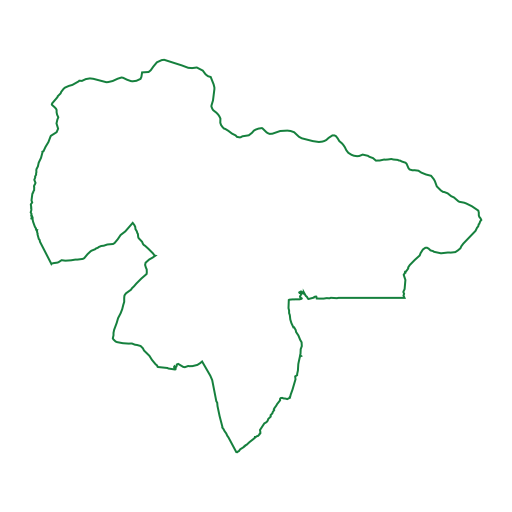 Ohaba Lunga, Timis, Romania
{"feature_id": "2599482B82981888181214", "entity_name": "Ohaba Lunga", "entity_type": "district", "adm_level": 2, "iso_a3": "ROU", "parent_name": "Romania", "parent_adm1": "Timis", "projection": "robinson", "projection_center": [21.992, 45.927], "detail": "fine", "context": "isolated", "style": "outline", "palette": "green", "viewbox_px": 512, "rotation_deg": 0, "n_neighbors": 0, "source": "geoboundaries", "source_scale": "gbopen_adm2", "svg_char_len": 5975}
<svg xmlns="http://www.w3.org/2000/svg" viewBox="0 0 512 512"><path d="M287.2,399.1L290.0,397.7L289.8,397.0L290.3,396.3L290.7,394.6L292.5,389.6L295.5,379.3L295.2,376.4L297.1,375.2L297.2,373.7L297.9,370.6L298.3,364.1L298.8,361.6L299.9,356.6L301.1,356.0L300.1,355.2L300.5,353.7L300.7,349.2L301.8,346.1L301.6,342.3L300.2,339.9L298.4,335.5L296.1,332.0L295.7,330.1L294.1,327.3L293.4,327.4L291.4,323.1L290.3,319.5L289.8,315.1L289.1,313.1L289.1,310.6L288.5,308.1L288.8,300.0L289.3,299.7L292.5,299.4L299.7,299.3L301.5,298.8L301.7,298.4L300.2,297.3L300.0,296.5L301.0,294.6L301.9,293.5L300.7,292.4L299.9,293.0L299.6,293.0L299.3,292.4L300.8,291.5L301.5,291.6L303.8,293.6L303.8,292.3L305.8,295.9L306.9,296.8L308.0,298.7L308.5,299.0L313.9,297.6L314.1,297.1L314.6,296.8L316.1,296.5L316.3,296.6L316.7,298.5L319.6,298.6L323.6,298.6L326.7,298.1L329.4,298.3L330.9,297.8L336.9,298.2L338.4,297.9L404.5,297.9L403.5,295.6L404.1,293.8L403.4,292.2L403.4,291.7L404.6,289.1L405.4,280.0L403.7,274.8L404.8,273.1L405.4,272.8L405.4,272.6L405.0,272.0L405.1,271.7L406.0,271.5L408.2,268.5L408.2,267.4L409.8,265.0L414.8,259.9L419.7,255.5L420.6,253.1L422.9,249.5L425.3,247.8L426.9,247.7L428.6,248.6L430.5,250.4L433.0,251.1L434.0,251.8L441.0,253.3L448.0,252.5L450.8,252.6L455.3,252.1L457.9,250.4L460.4,248.3L461.3,246.3L463.3,243.6L475.5,230.9L477.1,227.6L478.2,226.4L478.7,224.3L479.3,223.8L480.2,221.3L481.3,220.0L480.5,218.3L479.4,217.0L479.0,216.0L478.8,215.2L478.8,212.6L478.3,210.6L471.8,206.2L466.3,203.5L464.2,202.7L459.4,201.8L458.4,201.3L453.9,197.4L451.2,196.2L447.6,193.3L444.2,192.0L443.0,191.9L440.8,190.4L436.8,186.4L434.9,181.2L433.8,179.2L431.1,175.8L426.0,174.5L421.3,172.6L418.4,170.7L414.5,170.2L412.5,170.3L409.6,169.5L408.5,168.2L406.6,163.8L405.5,162.7L401.8,161.5L400.1,160.6L398.9,160.5L397.7,159.9L393.4,159.5L391.3,159.0L387.8,159.5L384.9,159.7L384.3,159.5L379.8,160.5L375.9,160.6L373.0,158.1L369.4,156.8L367.9,155.8L362.7,154.6L359.2,156.0L357.1,156.2L353.8,155.7L351.5,154.8L348.3,152.8L346.3,150.2L344.9,147.3L343.5,145.2L342.1,143.5L339.3,141.1L337.7,138.4L335.9,136.1L334.4,135.4L332.4,135.4L328.6,137.9L326.3,140.0L324.3,141.0L322.3,141.6L318.9,142.0L312.8,141.1L301.8,138.3L299.0,136.8L294.1,132.2L290.6,131.0L287.3,130.6L280.2,131.0L272.4,133.7L269.6,133.9L267.5,133.0L266.4,132.2L262.4,128.3L261.8,128.1L258.5,128.6L255.7,129.6L253.9,130.6L252.0,132.8L248.8,135.3L242.4,136.3L240.8,137.2L239.9,137.4L237.0,136.9L235.6,135.4L232.0,133.6L228.3,130.8L225.2,128.9L224.2,128.7L222.7,127.3L221.1,125.1L220.3,122.8L220.4,118.5L219.4,116.4L218.2,114.6L216.4,112.7L213.2,110.2L212.3,108.8L211.4,106.5L211.5,105.4L213.0,100.4L214.4,89.1L214.4,87.5L213.6,84.3L210.7,77.0L208.0,76.2L206.4,75.0L205.4,74.1L202.8,70.6L196.8,67.5L192.1,68.1L188.2,67.8L181.8,65.4L164.2,59.8L161.7,60.1L156.9,62.3L153.4,66.5L150.7,70.3L148.6,72.0L142.1,72.4L141.4,76.9L140.5,78.9L136.4,80.8L132.5,81.3L130.9,81.1L127.0,79.7L123.1,77.8L121.5,77.5L117.7,78.7L112.7,81.0L108.0,82.1L106.3,82.2L93.3,78.8L89.9,78.4L85.8,79.1L81.9,80.9L79.3,80.7L78.6,81.4L72.4,84.9L68.9,85.9L65.0,87.6L63.6,88.8L61.2,91.9L60.6,93.4L57.7,96.3L57.5,97.1L52.2,103.3L51.8,104.4L52.1,105.0L54.7,107.3L56.0,108.7L56.6,110.0L56.6,112.3L57.1,114.7L58.3,117.3L57.4,119.5L56.5,123.4L58.1,128.7L56.6,132.2L50.9,135.8L50.6,136.3L48.4,142.1L45.5,146.9L43.5,151.2L42.4,151.7L42.5,152.3L41.0,157.9L38.7,162.7L37.9,166.4L36.5,169.1L36.3,170.3L36.4,172.2L36.1,173.2L36.1,174.7L35.1,176.5L35.2,177.5L34.3,179.8L35.5,182.9L34.8,184.6L34.2,185.4L34.0,186.8L34.2,187.2L34.1,190.3L33.3,191.5L33.1,192.7L32.5,193.3L32.3,194.2L31.5,200.4L32.2,202.5L31.1,203.9L30.8,204.7L31.2,206.5L31.0,207.0L31.3,207.7L31.1,208.3L31.4,208.9L31.3,210.2L30.7,212.4L31.5,213.9L31.2,215.5L31.8,217.2L31.4,218.5L32.0,218.7L32.4,217.1L32.6,217.6L32.6,219.5L33.1,221.8L34.9,226.8L36.0,228.5L35.9,229.0L36.3,230.0L37.1,230.1L36.8,230.9L37.1,231.5L37.2,232.7L37.6,233.4L37.5,234.3L38.8,239.0L39.6,239.9L40.0,241.8L51.4,264.0L51.7,263.6L53.7,263.1L57.4,262.6L58.5,262.2L61.6,260.2L65.4,260.7L71.1,260.3L75.3,259.6L77.4,259.6L82.8,258.9L84.2,258.2L87.6,254.1L90.6,251.3L91.5,250.7L95.2,249.2L95.9,248.5L97.8,247.8L98.8,247.0L101.2,246.0L103.8,245.7L107.3,244.5L113.0,244.0L114.5,243.1L117.7,239.3L120.6,235.0L125.3,231.4L132.7,222.9L134.3,225.0L135.2,226.8L135.5,229.2L136.8,231.3L137.3,233.0L137.9,234.0L138.2,237.0L138.6,238.1L142.1,241.8L142.9,243.8L143.7,244.9L145.1,245.8L148.5,248.9L153.0,253.4L154.5,255.5L155.3,255.7L152.6,257.6L149.2,259.5L145.6,262.7L145.1,264.9L145.9,267.6L146.7,269.4L146.8,272.5L146.6,274.0L141.4,278.5L136.4,283.5L134.0,286.3L132.0,288.2L131.0,289.7L126.0,293.3L124.8,294.9L124.4,295.8L124.2,298.0L124.2,301.9L123.3,304.8L122.2,309.2L120.6,313.3L118.1,318.1L116.7,322.9L114.1,329.9L113.5,332.9L113.5,335.3L112.8,338.3L113.4,339.4L115.6,341.5L117.0,342.1L122.8,343.2L128.5,343.6L131.9,343.5L134.9,344.7L137.1,345.0L140.6,346.0L142.9,348.3L144.0,350.5L149.4,355.8L151.9,359.8L155.6,364.3L157.1,365.5L157.5,366.7L157.9,367.0L167.5,368.0L168.3,368.5L175.0,369.5L175.5,369.3L175.7,368.0L174.2,367.4L174.1,366.9L174.5,366.3L174.9,366.8L176.4,366.5L176.7,365.8L176.8,364.5L178.2,363.9L183.2,366.9L184.8,367.2L188.2,366.0L189.5,366.2L192.5,366.1L197.4,364.9L200.2,363.1L202.1,361.5L210.3,375.7L212.2,380.1L216.3,401.2L217.2,402.7L217.5,406.1L219.6,416.1L222.4,426.9L222.3,427.6L223.4,428.9L224.6,431.2L226.2,433.4L227.3,435.8L228.4,437.3L236.3,452.1L237.3,452.2L238.0,451.5L238.9,451.1L240.2,449.3L243.7,447.1L243.9,446.6L244.4,446.5L244.7,446.0L245.3,445.8L245.5,445.2L246.5,444.9L249.5,442.1L254.7,438.0L254.9,437.0L255.3,437.0L255.3,437.3L257.1,436.1L257.9,436.0L259.6,434.3L259.6,433.8L260.3,433.3L260.2,432.8L260.4,432.3L260.0,430.0L264.3,423.4L266.1,422.4L267.1,421.5L267.7,420.6L268.3,418.9L270.7,416.6L270.6,415.2L272.4,413.3L272.7,412.1L274.2,410.0L273.8,409.3L274.4,408.2L276.3,405.6L277.1,404.1L280.1,400.3L280.0,399.1L280.4,398.4L280.9,398.0L282.3,397.9L283.4,398.4L285.6,398.6L287.2,399.1Z" fill="none" stroke="#15803d" stroke-width="2"/></svg>